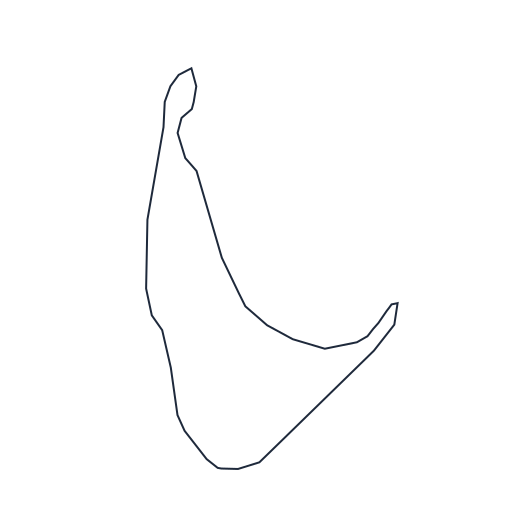 the district of Nantucket, Massachusetts, United States of America, rotated 73°
{"feature_id": "52423323B47905601981877", "entity_name": "Nantucket", "entity_type": "district", "adm_level": 2, "iso_a3": "USA", "parent_name": "United States of America", "parent_adm1": "Massachusetts", "projection": "natural_earth1", "projection_center": [-70.11, 41.315], "detail": "fine", "context": "isolated", "style": "outline", "palette": "slate", "viewbox_px": 512, "rotation_deg": 73, "n_neighbors": 0, "source": "geoboundaries", "source_scale": "gbopen_adm2", "svg_char_len": 756}
<svg xmlns="http://www.w3.org/2000/svg" viewBox="0 0 512 512"><g transform="rotate(73 256 256)"><path d="M57.6,262.9L58.6,268.4L60.2,277.0L68.6,288.2L81.9,298.2L105.8,306.8L189.5,349.2L255.0,370.6L258.2,370.9L282.3,373.0L299.5,367.4L337.8,370.1L385.2,377.6L402.3,375.4L435.8,362.6L447.4,354.6L449.1,351.3L454.4,335.5L454.3,313.1L434.8,275.2L381.0,170.9L362.1,143.8L342.5,134.4L342.5,134.5L341.9,140.5L344.4,143.8L346.9,147.3L355.9,158.6L360.0,165.3L365.3,172.8L368.0,184.7L365.4,211.2L364.8,217.3L346.3,245.2L325.5,265.6L301.0,280.9L288.3,283.0L287.9,283.1L274.1,285.2L247.7,289.2L157.3,288.0L146.1,293.0L141.7,295.0L115.4,295.0L102.3,286.9L102.1,286.7L96.7,274.4L90.6,270.6L76.3,263.5L57.6,262.9Z" fill="none" stroke="#1e293b" stroke-width="2"/></g></svg>